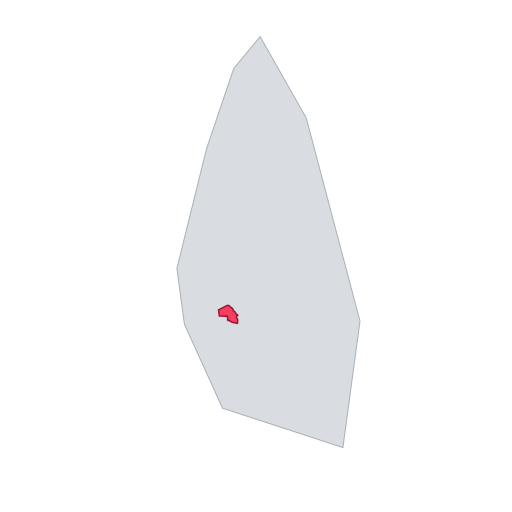 Descolons, Soufrière, Saint Lucia (highlighted), rotated 343°
{"feature_id": "8701671B18221439700807", "entity_name": "Descolons", "entity_type": "district", "adm_level": 2, "iso_a3": "LCA", "parent_name": "Saint Lucia", "parent_adm1": "Soufrière", "projection": "natural_earth1", "projection_center": [-61.022, 13.861], "detail": "fine", "context": "in_parent", "style": "filled", "palette": "rose", "viewbox_px": 512, "rotation_deg": 343, "n_neighbors": 0, "source": "geoboundaries", "source_scale": "gbopen_adm2", "svg_char_len": 1419}
<svg xmlns="http://www.w3.org/2000/svg" viewBox="0 0 512 512"><g transform="rotate(343 256 256)"><path d="M336.4,348.7L283.1,464.6L179.5,391.8L167.6,300.3L176.7,244.8L240.1,138.9L289.5,70.2L324.1,47.4L344.4,138.7L336.4,348.7Z" fill="#d9dde1" stroke="#a8b0b8" stroke-width="1"/><path d="M214.1,294.8L209.2,295.7L204.4,296.6L203.4,302.6L208.8,304.6L209.5,304.3L210.0,304.4L210.3,305.3L210.8,305.3L211.0,305.9L210.9,306.0L210.7,306.6L210.6,307.8L210.5,308.3L210.1,308.7L210.3,309.1L210.4,309.6L211.4,309.6L212.0,310.5L212.8,311.4L212.9,311.6L213.0,311.6L213.8,312.4L214.6,312.9L216.4,313.8L218.0,314.7L218.5,315.2L218.5,315.3L218.4,315.4L218.9,314.2L219.8,311.9L219.8,311.4L219.9,310.8L219.6,310.1L219.4,309.7L219.3,308.8L219.8,308.0L220.1,307.8L220.3,307.7L221.0,307.7L221.3,307.2L221.2,306.9L221.1,306.6L220.9,306.5L220.6,306.5L220.5,306.4L220.3,306.3L220.3,306.2L220.1,305.9L220.0,305.7L220.0,305.2L219.9,305.0L219.9,304.6L219.9,304.3L219.8,303.9L219.7,303.6L219.5,303.3L218.7,302.0L218.4,301.6L218.3,301.3L218.3,301.1L218.4,300.7L218.4,300.3L218.3,299.8L218.3,299.5L218.2,299.2L217.9,299.0L217.7,298.8L217.6,298.6L217.6,298.4L217.3,298.0L217.0,297.7L216.9,297.7L216.7,297.3L216.4,296.9L216.2,296.7L216.1,296.4L216.1,296.2L216.0,295.9L215.9,295.7L215.6,295.5L215.3,295.4L215.2,295.3L215.1,295.2L214.9,295.1L214.5,295.0L214.4,294.9L214.1,294.8L214.1,294.8Z" fill="#f43f5e" stroke="#9f1239" stroke-width="1.5"/></g></svg>